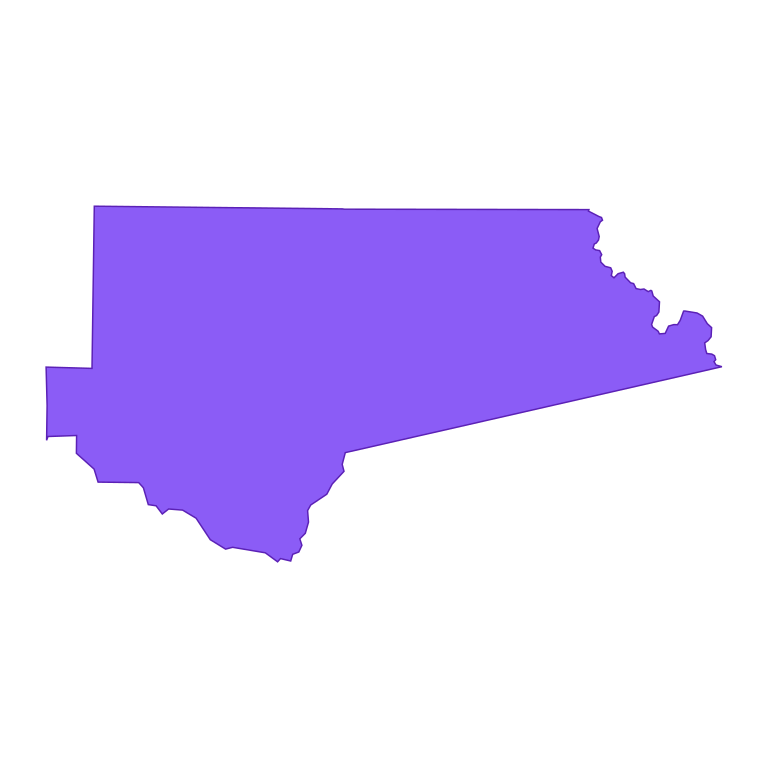 Clearwater, Idaho, United States of America
{"feature_id": "52423323B35021459079911", "entity_name": "Clearwater", "entity_type": "district", "adm_level": 2, "iso_a3": "USA", "parent_name": "United States of America", "parent_adm1": "Idaho", "projection": "orthographic", "projection_center": [-115.257, 46.6], "detail": "fine", "context": "isolated", "style": "filled", "palette": "violet", "viewbox_px": 768, "rotation_deg": 0, "n_neighbors": 0, "source": "geoboundaries", "source_scale": "gbopen_adm2", "svg_char_len": 1417}
<svg xmlns="http://www.w3.org/2000/svg" viewBox="0 0 768 768"><path d="M46.1,367.1L47.1,405.5L46.6,440.3L48.0,436.5L76.6,435.5L76.4,453.3L94.1,469.1L98.1,482.1L138.7,482.6L143.4,487.8L148.3,504.6L156.1,505.8L162.3,514.0L168.6,509.0L182.6,510.1L196.1,518.2L210.3,539.7L225.6,549.1L232.6,547.3L265.3,552.8L277.6,561.8L280.5,558.6L290.7,561.0L292.7,554.3L298.8,552.0L301.9,545.3L299.8,538.8L305.3,533.3L308.5,522.1L307.6,510.6L310.7,505.0L326.8,494.2L332.2,484.0L344.0,471.3L342.2,464.4L345.3,452.6L484.5,420.9L721.9,366.7L716.0,365.0L714.0,361.6L715.7,359.7L714.5,355.7L711.8,354.1L706.8,353.5L705.6,349.5L704.7,342.9L708.0,340.6L711.1,336.8L711.6,327.6L707.3,323.7L702.6,316.1L697.1,313.0L692.3,312.2L684.8,311.0L683.6,311.1L680.2,320.4L677.5,324.7L673.8,324.6L668.6,326.1L665.2,333.4L659.4,333.9L658.2,331.3L652.6,327.1L651.6,324.5L654.3,316.6L656.6,315.5L658.9,312.0L659.5,301.8L653.2,296.0L651.8,291.0L650.9,290.4L648.2,291.6L644.0,289.0L640.5,289.5L636.1,288.6L633.6,283.6L630.6,282.8L625.1,277.1L624.6,273.7L623.3,272.2L618.1,273.7L614.0,277.8L611.3,275.6L612.2,271.3L610.7,267.8L605.0,266.3L600.8,262.1L600.3,257.1L601.7,254.7L599.6,250.6L595.6,249.9L593.0,248.1L594.3,244.0L596.3,243.0L598.5,240.0L599.2,236.5L597.1,228.5L600.3,221.8L602.5,220.2L601.5,217.5L598.9,216.5L588.4,211.1L588.9,209.6L344.5,209.2L342.3,208.9L94.3,206.2L92.0,368.4L46.1,367.1Z" fill="#8b5cf6" stroke="#5b21b6" stroke-width="1.5"/></svg>